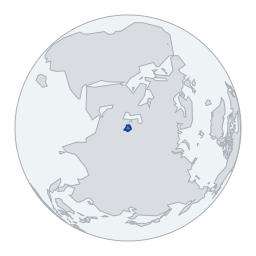 Tashauz highlighted on a globe, orthographic projection, rotated 106°
{"feature_id": "TKM-353", "entity_name": "Tashauz", "entity_type": "Province", "adm_level": 1, "iso_a3": "TKM", "parent_name": "Turkmenistan", "parent_adm1": "", "projection": "orthographic", "projection_center": [58.681, 41.132], "detail": "medium", "context": "on_globe", "style": "filled", "palette": "blue", "viewbox_px": 256, "rotation_deg": 106, "n_neighbors": 0, "source": "natural_earth", "source_scale": "10m", "svg_char_len": 11312}
<svg xmlns="http://www.w3.org/2000/svg" viewBox="0 0 256 256"><g transform="rotate(106 128 128)"><circle cx="128" cy="128" r="113" fill="#eef3f6" stroke="#a8b0b8"/><path d="M129.9,15.4L130.0,15.4L133.4,15.5L135.6,15.7L141.1,17.8L151.9,21.4L157.2,22.4L154.5,22.5L166.0,24.6L173.1,27.7L163.8,24.4L162.0,24.3L166.2,26.3L165.1,26.7L166.5,27.9L164.9,28.3L159.6,26.6L158.5,26.9L161.5,28.3L161.8,29.8L157.5,27.6L157.6,30.0L148.8,28.3L138.6,23.1L132.5,23.5L118.7,21.9L118.7,22.7L113.4,23.0L111.5,24.2L109.5,23.9L109.7,25.2L111.9,25.3L112.7,26.0L111.8,26.8L109.0,26.4L109.1,25.9L107.8,26.2L106.9,25.7L106.8,26.4L103.6,26.0L105.3,27.7L101.6,28.4L99.9,27.7L101.9,26.2L103.1,21.8L102.0,21.2L98.3,21.6L87.5,25.5L85.4,25.7L81.3,27.1L81.5,27.5L84.8,26.7L84.2,28.2L88.4,27.3L88.7,27.9L92.2,27.8L89.6,29.6L85.2,31.5L82.2,31.8L80.2,32.8L81.4,34.2L74.2,36.6L66.7,41.7L65.0,42.3L64.8,40.0L69.0,35.5L68.8,33.7L66.8,36.9L62.8,38.7L61.2,39.9L60.2,41.1L61.0,41.3L59.1,42.5L60.3,39.5L62.0,38.4L61.6,39.2L63.6,37.3L64.4,35.8L62.3,37.0L65.7,34.2L64.2,35.2L66.1,33.9L66.3,33.8L66.1,33.9L73.3,29.5L80.8,25.7L88.6,22.5L96.6,19.8L104.8,17.8L113.1,16.3L121.5,15.5L129.9,15.4ZM133.3,15.5L133.6,15.5L136.7,15.8L133.6,15.5L131.3,15.4L133.3,15.5ZM141.7,16.7L140.0,16.6L139.8,16.2L140.9,16.4L141.7,16.7ZM161.3,23.2L158.9,22.3L161.6,23.1L161.3,23.2ZM167.0,28.1L168.0,28.3L168.3,28.9L167.0,28.1ZM93.4,26.8L92.8,27.3L92.4,27.0L93.4,26.8ZM95.4,26.4L95.4,25.8L96.4,25.5L96.4,25.9L95.4,26.4ZM166.2,30.0L166.3,31.0L165.2,29.7L166.2,30.0ZM95.1,27.3L98.1,25.1L99.9,24.7L101.2,25.8L95.1,27.3ZM165.9,31.4L166.4,34.2L168.7,34.8L162.5,35.0L164.1,32.4L162.4,30.6L164.5,31.5L165.9,31.4ZM113.0,25.1L110.6,24.9L113.5,24.3L113.0,25.1ZM114.6,24.5L122.3,22.2L125.3,23.0L122.1,23.5L126.8,24.1L124.5,25.6L121.5,25.6L119.9,24.8L120.2,26.0L114.6,24.5ZM159.1,34.8L158.4,35.3L158.1,34.4L159.1,34.8ZM113.2,26.3L114.5,25.6L117.3,26.2L115.2,27.6L115.0,27.0L113.2,26.3ZM129.1,23.6L130.8,24.4L129.4,25.8L129.9,26.3L124.8,25.7L129.1,23.6ZM113.9,27.2L114.1,28.3L112.0,28.8L112.2,26.9L113.9,27.2ZM118.8,25.9L120.0,26.2L118.7,26.4L118.8,25.9ZM104.5,31.5L105.9,30.6L107.5,30.8L104.5,31.5ZM114.3,28.7L115.1,28.5L115.9,28.5L115.6,29.4L114.3,28.7ZM124.2,26.8L123.2,27.3L126.2,27.1L125.3,28.3L122.0,27.7L123.0,28.5L122.8,28.8L120.4,28.0L124.2,26.8ZM117.6,30.3L113.1,30.2L110.1,31.8L108.6,31.6L113.8,29.1L117.6,30.3ZM119.4,29.0L118.0,29.7L116.9,29.1L117.2,28.1L119.4,29.0ZM125.8,29.3L128.1,27.7L128.7,27.9L125.8,29.3ZM116.9,30.9L118.0,30.9L116.8,31.1L116.9,30.9ZM123.3,29.9L124.0,29.3L124.8,29.5L123.3,29.9ZM119.6,31.6L118.2,31.5L118.4,30.8L119.6,31.6ZM121.5,30.9L122.3,31.4L119.3,30.6L121.7,30.6L121.5,30.9ZM123.9,30.2L124.5,30.2L123.5,30.5L123.9,30.2ZM119.7,34.3L115.9,33.5L116.3,31.9L120.0,32.9L119.7,34.3ZM22.7,142.6L22.2,123.4L24.7,120.1L26.7,113.4L45.4,104.2L47.6,108.6L60.2,115.0L61.5,117.0L58.1,121.8L66.0,134.6L70.9,131.6L80.0,139.7L87.3,142.0L93.4,132.3L81.4,128.3L81.3,122.3L92.4,121.0L103.2,124.7L103.5,122.6L98.3,116.1L102.4,113.1L96.7,113.6L97.8,116.3L94.2,116.8L93.0,114.4L94.5,113.3L91.7,111.4L85.3,117.4L85.7,120.7L77.4,118.9L77.3,124.4L74.5,125.8L73.6,117.0L74.9,114.4L71.9,103.5L69.7,105.9L72.4,116.5L70.8,115.0L67.9,118.8L68.9,114.7L66.5,102.9L60.1,100.7L49.1,106.3L46.0,104.4L44.7,99.7L51.6,90.3L57.8,95.6L60.3,92.8L61.6,86.3L63.4,88.6L64.6,86.7L67.2,88.5L73.3,86.3L76.3,87.8L81.0,82.5L83.2,82.7L79.8,85.6L79.0,88.6L86.7,92.5L88.9,91.9L91.4,88.3L93.2,90.0L94.6,86.1L100.2,86.7L94.6,82.8L97.3,78.9L102.0,77.1L101.9,75.2L94.3,78.2L92.2,80.1L92.0,82.8L85.3,87.9L82.1,87.6L85.3,79.9L81.1,78.8L85.3,73.7L103.3,68.1L109.6,68.3L114.9,76.7L112.1,78.8L108.8,76.6L109.7,82.2L110.6,80.0L112.2,81.5L115.2,78.6L116.4,79.5L117.2,75.1L119.0,76.0L118.5,78.8L124.5,75.5L128.9,76.6L129.7,75.4L129.3,73.9L135.2,76.5L135.5,75.6L133.7,74.3L133.1,71.6L134.4,68.0L136.4,69.2L136.2,70.6L138.7,75.5L137.9,79.3L138.8,79.5L140.0,76.4L136.9,70.4L137.2,68.0L139.0,70.5L138.4,69.4L139.1,68.5L141.7,68.8L139.8,66.0L145.2,56.1L150.7,56.0L151.8,59.2L157.6,54.4L163.4,55.2L161.7,53.9L163.3,51.2L161.6,50.8L160.9,50.1L164.3,43.5L166.7,43.0L166.2,39.4L165.4,38.8L163.6,38.9L162.5,35.0L168.7,34.8L170.4,36.1L173.1,35.4L176.5,38.5L180.5,40.9L182.7,45.1L185.7,46.9L186.4,46.4L191.1,48.7L198.2,55.5L189.2,51.9L178.0,43.4L182.3,46.9L180.4,46.8L181.3,48.5L184.5,51.1L185.4,51.0L185.6,59.6L191.2,68.8L193.1,65.8L196.4,66.7L204.5,75.9L208.8,94.3L213.2,96.7L214.8,99.6L214.1,103.2L211.6,99.1L209.0,99.3L207.7,96.6L205.7,101.5L203.8,97.8L203.1,103.6L205.6,105.6L208.1,102.5L208.4,109.4L213.6,111.8L216.4,117.5L215.3,132.1L210.8,139.4L211.0,141.5L208.0,141.0L205.8,146.7L212.7,154.0L213.1,157.0L208.8,165.8L208.3,163.7L200.5,162.4L200.3,170.0L206.3,172.6L208.4,178.0L204.3,178.3L202.0,173.7L199.2,173.0L199.1,166.7L195.1,158.8L190.9,162.5L190.4,158.7L184.2,152.6L177.7,157.6L168.0,171.0L168.0,180.7L164.1,185.7L155.8,173.5L153.3,164.1L149.5,165.5L141.6,157.9L125.7,157.9L124.2,155.2L121.0,156.3L115.6,153.3L113.5,148.7L109.9,148.7L115.7,160.7L119.6,160.7L123.9,156.6L124.7,160.7L130.0,164.3L121.6,173.5L99.2,179.2L98.2,171.7L87.5,147.8L88.5,145.5L88.5,145.2L88.4,144.7L86.2,148.2L84.8,143.4L89.2,160.0L89.4,166.4L98.9,179.6L97.7,180.5L101.1,183.3L113.5,182.2L113.3,184.5L106.7,194.3L90.6,204.5L93.4,213.0L93.5,219.0L85.1,220.5L87.5,224.8L83.3,224.8L84.2,226.7L81.8,227.5L77.2,227.0L67.7,222.4L65.8,220.5L59.0,214.5L49.0,200.7L50.0,196.9L48.6,192.0L41.9,177.4L43.3,172.1L41.8,168.2L38.5,166.4L37.0,161.7L35.2,159.9L24.9,150.8L22.7,142.6ZM36.9,112.1L35.9,113.9L36.9,112.1ZM113.3,134.2L120.6,135.5L119.4,128.2L122.1,128.2L120.8,125.8L119.3,127.7L116.3,121.2L120.2,119.6L120.4,116.5L118.0,116.0L111.3,120.0L115.6,129.1L113.0,131.7L113.3,134.2ZM62.7,38.9L62.6,39.1L61.3,40.5L61.3,40.1L62.7,38.9ZM59.1,45.7L56.2,47.5L58.2,45.8L57.7,45.4L61.4,41.7L64.4,42.4L62.4,42.6L59.1,45.7ZM67.1,37.2L64.5,39.3L67.3,37.0L67.1,37.2ZM69.1,75.4L69.1,77.5L66.9,79.1L63.1,78.0L66.3,75.6L69.1,75.4ZM69.7,80.1L73.9,73.2L76.4,73.8L74.3,74.6L75.5,75.7L72.5,77.3L70.8,84.9L68.8,86.9L62.9,83.3L65.9,83.3L65.7,81.2L69.7,80.1ZM80.0,56.8L81.8,54.5L84.9,58.8L82.9,60.5L79.0,59.3L79.1,56.6L80.0,56.8ZM96.9,29.9L97.4,29.2L98.1,29.3L98.3,29.9L96.9,29.9ZM105.0,31.0L95.5,33.4L95.6,32.6L89.9,35.2L87.9,34.2L91.6,32.5L85.9,33.9L88.5,32.0L84.5,33.2L93.1,29.5L95.2,28.0L93.6,30.0L95.3,30.8L96.7,30.8L102.2,29.6L107.6,27.2L110.2,27.9L110.7,29.0L109.8,29.7L108.3,29.0L108.2,30.4L105.4,29.9L105.0,31.0ZM114.0,45.5L112.7,43.8L111.9,47.8L109.2,46.9L109.2,47.4L106.5,47.7L103.3,49.0L102.3,48.3L101.5,49.2L99.6,49.5L98.2,50.5L95.9,49.6L94.0,50.8L94.0,49.7L91.2,52.0L92.3,50.0L90.0,50.3L90.2,52.1L81.7,46.3L77.3,45.8L73.1,46.7L75.5,43.4L81.1,40.6L87.7,38.7L91.6,39.8L92.0,38.2L93.9,38.3L92.8,39.5L95.7,37.8L97.1,38.2L103.0,37.4L106.4,34.9L108.6,34.6L107.9,35.8L110.7,34.7L110.9,36.9L112.5,36.8L114.3,39.0L112.1,41.6L114.1,41.3L115.6,43.1L114.0,45.5ZM120.1,34.9L118.1,38.0L115.6,39.0L113.4,34.8L111.9,34.6L110.4,32.2L114.1,30.8L114.2,31.6L115.1,32.0L113.6,32.3L115.5,32.4L115.7,33.6L117.2,34.0L116.1,34.9L120.1,34.9ZM64.1,116.0L65.3,117.0L67.5,118.0L65.7,120.5L64.1,116.0ZM62.3,108.0L63.6,108.3L62.1,112.1L60.9,111.1L62.3,108.0ZM65.6,105.5L63.8,108.1L64.0,106.1L65.6,105.5ZM81.1,85.8L82.6,86.1L82.2,87.1L80.8,88.0L81.1,85.8ZM110.9,58.0L110.6,56.7L111.4,56.4L112.9,53.4L115.1,54.0L115.0,56.0L110.9,58.0ZM90.6,133.5L87.8,134.8L87.0,133.5L88.1,133.3L90.6,133.5ZM75.6,127.8L78.4,130.5L75.0,128.4L75.6,127.8ZM113.5,58.2L113.9,56.8L114.8,58.0L113.5,58.2ZM116.7,54.3L117.9,55.4L115.5,53.7L116.7,54.3ZM112.5,221.0L107.5,229.6L102.2,228.8L100.2,226.1L101.4,220.7L107.2,219.8L109.8,217.2L112.5,221.0ZM224.5,178.3L226.0,176.8L225.9,177.3L224.5,178.3ZM222.9,178.9L224.9,177.0L222.4,180.0L222.9,178.9ZM225.6,176.2L227.6,173.4L228.4,171.8L228.2,172.8L225.6,176.2ZM221.5,180.2L213.0,187.1L209.4,188.6L210.4,186.6L216.3,182.8L221.5,180.2ZM210.1,186.8L204.3,186.5L194.9,179.1L198.3,177.7L207.9,180.1L207.3,181.7L210.8,182.6L210.1,186.8ZM223.4,169.6L222.7,173.7L218.2,177.3L216.1,178.4L214.6,174.7L215.5,171.6L217.3,170.4L223.3,156.3L225.6,156.3L224.0,161.7L225.8,163.4L223.4,169.6ZM168.6,181.5L171.7,186.2L169.4,187.7L168.6,181.5ZM224.9,147.8L223.0,154.0L224.4,146.7L224.9,147.8ZM225.2,141.6L225.7,143.4L224.4,142.5L225.2,141.6ZM211.7,144.4L209.8,146.3L209.3,144.8L211.5,141.6L211.7,144.4ZM218.6,122.4L220.1,126.7L220.3,128.4L218.7,126.6L218.6,122.4ZM132.4,63.0L127.9,66.4L126.1,69.5L127.3,72.4L123.6,70.0L126.5,65.1L132.4,63.0ZM143.4,56.8L142.3,54.6L144.0,54.7L144.5,55.3L143.4,56.8ZM141.8,56.0L138.2,54.8L138.4,53.1L141.2,54.4L141.8,56.0ZM125.7,56.2L124.2,57.1L123.6,56.1L125.7,56.2ZM208.2,207.1L210.5,203.8L211.3,203.2L213.3,199.6L221.8,189.1L228.5,176.9L230.9,173.3L234.1,164.8L235.8,160.7L234.3,165.3L231.2,173.0L227.7,180.5L223.5,187.7L218.9,194.5L213.8,201.0L208.2,207.1ZM228.3,174.2L230.8,168.8L231.8,167.1L228.3,174.2ZM238.2,151.4L237.4,154.5L238.0,151.6L238.2,149.7L236.2,154.1L235.8,153.4L236.7,150.4L235.0,152.5L236.9,148.0L237.5,149.9L238.4,145.0L239.5,141.7L240.1,139.0L240.1,138.9L238.2,151.4ZM236.4,155.6L236.7,154.9L236.3,156.6L236.4,155.6ZM232.5,160.0L232.4,161.1L231.8,161.2L232.5,160.0ZM233.3,158.2L235.0,156.4L233.1,159.3L233.3,158.2ZM227.0,163.0L227.7,164.6L229.8,160.6L228.2,164.6L229.3,166.7L228.7,168.7L227.6,166.3L226.8,171.1L225.8,172.1L225.5,169.1L226.7,163.5L227.6,160.6L231.3,155.4L227.0,163.0ZM233.4,155.4L232.9,153.4L233.3,151.0L233.8,151.7L233.4,155.4ZM231.0,148.9L229.1,147.5L227.8,150.5L230.0,142.5L231.5,145.1L231.0,148.9ZM228.7,143.3L227.5,146.0L228.5,141.7L228.7,143.3ZM227.0,145.3L226.4,143.2L227.5,142.3L227.0,145.3ZM229.4,142.6L228.9,138.4L229.8,140.0L229.4,142.6ZM224.7,138.5L228.0,139.7L224.5,141.5L222.3,134.0L223.7,132.4L224.7,138.5ZM219.3,99.0L217.8,97.2L218.4,95.3L219.3,97.0L219.3,99.0ZM219.1,88.1L218.1,94.2L217.1,99.4L218.3,99.4L219.8,103.9L216.9,101.9L216.2,95.5L217.3,92.3L215.7,88.8L215.3,84.9L212.6,81.4L211.8,79.0L214.7,81.2L219.1,88.1ZM211.3,80.1L206.3,73.5L208.4,71.8L209.9,72.8L211.3,76.5L210.2,77.2L211.3,80.1ZM205.7,71.5L204.6,72.1L194.8,65.4L193.3,63.6L201.8,67.4L201.1,68.3L203.1,70.4L205.7,71.5ZM159.6,35.7L158.5,35.3L159.6,35.2L159.6,35.7ZM159.9,50.0L159.1,48.9L160.4,48.7L159.9,50.0ZM157.7,45.9L156.8,46.8L157.0,45.3L157.7,45.9ZM154.8,49.2L156.0,47.0L156.1,49.8L154.8,49.2Z" fill="#d9dde1" stroke="#a8b0b8" stroke-width="1"/><path d="M127.9,124.7L128.3,125.2L128.5,125.3L128.6,125.2L128.7,125.3L128.8,125.4L128.8,125.6L129.0,125.7L129.5,125.7L129.9,125.8L130.0,125.9L129.9,126.0L129.9,126.3L130.1,126.4L130.2,126.6L130.3,126.6L130.2,126.7L130.0,126.8L130.2,127.1L130.0,127.4L130.1,127.5L130.4,127.6L130.6,127.8L130.9,127.7L131.2,127.7L131.3,127.7L131.4,127.8L131.4,128.1L130.3,128.2L130.4,129.5L130.7,129.6L130.8,131.2L130.5,131.2L130.4,131.0L130.4,130.9L130.3,131.0L130.2,131.0L130.0,130.9L130.0,130.2L128.8,130.2L128.6,130.2L127.7,129.8L127.3,129.9L127.0,130.0L126.8,130.0L126.2,130.0L125.9,130.1L125.7,130.1L125.7,129.9L125.7,129.6L125.6,129.4L125.5,129.1L125.4,128.9L125.2,128.4L125.1,128.2L124.9,128.0L124.8,127.8L124.8,127.6L125.2,127.7L125.5,127.7L125.8,127.5L125.6,127.5L125.6,127.3L125.5,127.1L125.5,126.8L125.5,126.6L125.7,126.4L125.8,126.1L126.0,126.0L126.5,126.0L126.6,125.9L126.8,125.9L126.9,125.6L126.9,125.4L127.0,125.3L127.3,125.4L127.5,125.4L127.6,125.5L127.5,125.3L127.2,125.1L127.4,124.9L127.7,125.0L127.8,125.0L127.8,124.8L127.9,124.7Z" fill="#3b82f6" stroke="#1e3a8a" stroke-width="1.5"/></g></svg>